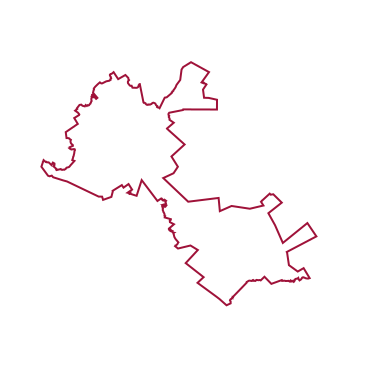 Villa Hidalgo, San Luis Potosí, Mexico (orthographic projection), rotated 137°
{"feature_id": "50627088B95617722070364", "entity_name": "Villa Hidalgo", "entity_type": "district", "adm_level": 2, "iso_a3": "MEX", "parent_name": "Mexico", "parent_adm1": "San Luis Potosí", "projection": "orthographic", "projection_center": [-100.656, 22.682], "detail": "fine", "context": "isolated", "style": "outline", "palette": "rose", "viewbox_px": 384, "rotation_deg": 137, "n_neighbors": 0, "source": "geoboundaries", "source_scale": "gbopen_adm2", "svg_char_len": 5937}
<svg xmlns="http://www.w3.org/2000/svg" viewBox="0 0 384 384"><g transform="rotate(137 192 192)"><path d="M108.0,260.8L108.0,261.2L108.6,262.3L108.8,263.8L109.4,263.7L110.3,265.6L97.8,268.1L104.2,287.6L113.2,289.4L116.1,288.7L124.2,282.0L130.2,280.9L131.6,280.3L132.6,279.8L133.9,279.5L134.7,279.3L136.1,279.1L136.6,278.7L137.0,278.7L137.6,278.9L137.8,278.7L138.8,278.7L138.9,278.4L139.2,278.4L139.4,278.2L145.9,278.5L147.6,279.6L158.6,275.4L158.8,276.7L159.5,277.4L159.6,278.1L158.8,278.6L159.0,279.6L159.0,280.2L158.5,281.7L158.8,282.6L159.3,283.6L160.2,284.1L161.7,284.0L162.4,284.4L162.8,284.4L163.1,284.8L163.8,285.1L164.0,285.6L164.5,286.0L164.9,285.9L165.5,286.5L165.7,287.1L165.7,287.6L165.8,288.1L165.5,288.6L166.0,289.9L166.4,290.1L166.4,290.6L156.1,307.3L156.5,306.8L157.0,306.5L158.1,306.5L159.1,305.8L160.1,305.5L161.2,305.8L161.6,306.1L164.4,308.9L163.7,310.9L164.6,311.6L164.9,312.5L164.8,312.8L164.6,315.2L164.3,315.7L163.4,316.6L161.7,316.8L161.7,317.6L160.8,318.9L160.9,323.0L169.0,324.9L167.6,333.1L169.8,333.2L170.5,333.4L171.1,333.8L172.0,333.8L172.5,333.3L172.8,332.4L172.8,332.0L172.9,331.6L173.2,331.4L173.4,330.7L173.5,330.3L173.8,330.2L174.1,330.3L174.4,330.3L175.3,329.9L175.3,329.6L176.6,329.8L179.2,331.4L183.3,332.6L183.8,332.8L184.3,333.3L184.6,335.0L187.5,335.1L191.1,335.0L192.8,334.7L193.2,334.7L193.7,333.9L194.2,334.2L194.0,333.9L196.7,332.1L197.0,325.4L198.6,325.5L198.4,331.1L198.7,331.2L198.9,330.8L199.5,330.6L199.6,330.4L199.8,330.4L199.8,330.2L200.0,330.2L200.2,329.9L200.5,329.9L200.5,329.6L200.7,329.8L200.9,329.5L201.7,329.0L202.0,328.9L202.7,328.1L202.9,327.6L203.3,327.1L203.5,327.2L203.9,327.0L204.6,326.5L205.4,326.3L205.9,325.9L206.7,326.0L207.6,325.8L208.1,325.7L208.7,325.9L209.0,326.6L210.2,326.6L210.4,328.1L212.0,327.7L212.9,329.1L213.3,329.8L213.4,331.4L214.9,332.4L219.2,331.7L219.3,331.0L222.0,331.2L221.3,327.8L221.5,325.6L222.1,325.3L227.7,326.4L229.1,319.7L243.5,321.9L247.0,317.0L245.9,316.0L245.7,315.6L245.4,315.3L245.3,314.9L245.4,314.7L245.0,312.7L246.1,312.2L246.3,311.9L247.0,310.9L247.3,310.0L247.3,308.7L247.2,308.2L247.4,307.9L247.2,307.7L247.6,307.0L251.0,308.2L251.6,307.4L251.8,307.5L251.7,306.6L251.4,306.3L251.4,305.7L251.2,305.3L250.7,305.0L249.2,304.0L248.7,303.4L248.9,303.1L248.9,302.6L249.1,302.4L250.0,302.1L251.9,300.5L253.2,299.7L253.9,299.1L254.7,298.9L255.6,298.2L257.8,297.0L256.8,294.9L262.7,294.4L264.6,294.1L265.9,294.6L267.1,295.3L268.3,295.2L268.9,295.0L269.5,295.3L270.1,295.3L270.7,295.9L270.9,296.2L271.7,296.6L272.2,297.2L272.4,297.5L272.3,298.3L276.1,300.4L276.1,300.9L275.4,301.1L275.8,305.2L274.9,305.1L274.6,305.3L274.6,305.5L274.1,305.6L273.9,305.8L274.0,306.6L273.2,306.8L273.7,308.4L276.4,307.5L276.6,311.4L277.9,312.7L277.9,313.4L278.5,313.7L278.8,316.5L279.9,315.9L280.3,315.8L280.3,315.7L284.9,313.2L286.2,302.1L285.4,300.6L283.4,299.6L283.4,299.3L283.5,297.5L278.4,288.5L276.2,284.9L263.4,252.3L260.9,249.9L262.4,246.9L254.3,243.4L249.6,246.4L249.3,247.0L238.6,244.9L239.1,241.9L233.0,241.1L234.2,234.6L239.6,235.4L238.8,234.1L238.2,233.7L238.9,233.6L239.1,233.4L239.1,233.2L238.2,232.6L237.2,230.7L235.1,227.0L220.7,235.0L223.4,209.0L219.1,208.3L219.1,207.1L218.8,207.2L218.9,206.4L218.7,206.4L218.8,205.4L217.4,205.2L217.2,204.3L217.0,203.2L218.2,203.1L218.2,202.7L219.0,201.2L220.4,201.5L220.6,201.8L221.4,202.2L220.8,201.3L220.2,201.1L220.3,200.6L219.9,199.7L221.6,199.4L222.0,199.7L222.2,200.2L223.0,201.7L223.3,202.2L223.7,201.7L224.3,200.0L224.5,200.0L224.6,199.7L225.0,199.3L225.4,199.1L225.8,198.6L226.2,197.4L226.6,196.8L226.6,196.2L227.2,194.5L227.9,193.7L228.3,193.5L228.4,193.2L228.1,192.7L229.3,192.0L226.0,186.5L226.5,186.1L227.8,186.2L228.7,185.0L227.2,180.7L233.9,181.0L234.1,180.8L234.1,180.7L234.0,180.2L233.5,180.3L233.4,179.9L234.4,180.1L234.6,179.3L234.4,178.6L233.7,178.6L233.4,177.9L233.7,177.9L234.1,177.6L233.3,176.4L233.0,176.6L232.9,176.5L233.6,175.9L233.4,175.0L233.0,174.5L233.7,174.6L234.0,174.3L234.3,173.3L234.9,172.4L235.7,170.8L236.1,168.8L236.3,164.5L236.7,164.5L237.7,164.0L238.7,163.8L240.1,163.9L240.4,164.0L240.6,163.9L240.7,164.0L240.8,163.9L241.3,163.9L240.8,160.2L229.6,153.9L227.3,145.6L245.1,144.3L241.6,121.8L249.9,121.8L245.5,98.6L244.9,95.0L244.0,85.6L239.7,84.2L238.4,85.6L238.2,86.8L237.4,87.2L236.7,87.2L236.4,87.0L235.3,87.1L234.8,87.3L234.4,87.3L234.4,87.1L233.8,87.6L233.5,87.2L233.3,87.4L214.0,88.4L213.7,88.8L213.3,88.9L212.9,88.7L211.1,88.4L210.3,87.9L209.0,86.2L208.7,86.1L207.9,86.2L207.8,85.9L207.4,85.8L207.5,85.5L207.3,85.2L207.5,85.0L207.3,84.8L207.1,84.9L207.0,84.7L206.6,84.2L206.2,84.1L206.1,83.7L204.8,83.7L203.4,82.0L202.8,81.7L202.1,80.9L202.0,80.5L196.8,80.6L196.6,70.7L186.3,66.3L186.3,65.9L186.1,65.3L186.3,65.2L184.6,63.8L184.3,63.1L182.4,61.5L182.2,61.2L181.9,61.1L181.7,60.3L181.7,60.0L181.4,59.7L181.0,59.8L181.0,59.6L180.7,59.3L180.7,59.0L180.4,58.8L180.0,58.9L179.9,59.1L179.8,58.8L179.4,58.7L179.4,58.4L179.2,58.0L179.2,57.9L179.3,57.9L179.2,57.6L178.6,57.3L178.7,56.9L178.1,56.9L177.8,57.3L177.7,57.6L177.2,57.5L177.1,57.8L176.9,57.9L176.7,57.8L176.0,57.6L175.6,57.8L175.3,57.6L174.9,57.5L174.1,56.8L172.9,56.7L173.2,56.2L173.3,56.1L173.5,55.7L173.4,55.1L173.6,54.7L173.5,54.4L173.6,54.0L171.8,53.7L169.9,54.2L169.4,53.8L168.9,53.9L168.3,52.9L167.7,51.4L166.8,50.2L166.0,49.4L164.7,48.8L162.3,60.2L168.9,61.7L171.0,72.4L163.8,82.8L163.6,83.5L131.3,74.7L128.8,90.6L160.3,92.8L153.9,111.1L150.6,124.4L133.6,123.0L134.1,134.9L136.3,136.4L136.3,137.8L146.9,137.9L147.0,138.0L147.3,137.9L147.5,137.7L147.8,137.6L148.2,137.7L149.0,133.4L161.1,140.3L172.6,154.8L184.7,159.0L176.6,169.5L201.4,187.5L203.5,221.8L192.7,218.3L185.1,220.1L182.8,232.0L165.0,231.8L167.1,255.0L167.0,255.5L158.1,255.1L159.2,260.2L158.2,261.1L158.0,262.3L157.8,262.8L156.7,263.2L156.6,264.5L155.7,265.3L154.6,265.5L142.7,258.1L142.1,258.4L117.5,235.3L110.8,242.4L115.6,249.4L118.9,252.7L114.1,259.4L108.6,260.7L108.0,260.8Z" fill="none" stroke="#9f1239" stroke-width="2"/></g></svg>